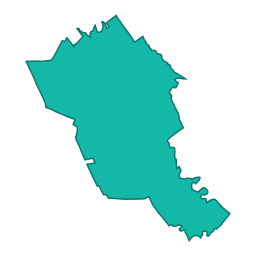 Luna, Cluj, Romania
{"feature_id": "2599482B89175804727577", "entity_name": "Luna", "entity_type": "district", "adm_level": 2, "iso_a3": "ROU", "parent_name": "Romania", "parent_adm1": "Cluj", "projection": "albers", "projection_center": [23.938, 46.482], "detail": "fine", "context": "isolated", "style": "filled", "palette": "teal", "viewbox_px": 256, "rotation_deg": 0, "n_neighbors": 0, "source": "geoboundaries", "source_scale": "gbopen_adm2", "svg_char_len": 5689}
<svg xmlns="http://www.w3.org/2000/svg" viewBox="0 0 256 256"><path d="M200.7,237.9L201.0,236.5L202.7,234.8L202.5,234.0L202.4,232.2L202.7,231.6L203.2,231.5L205.4,231.0L205.9,231.0L206.6,231.5L207.0,232.4L207.2,233.7L207.2,234.4L206.9,235.5L207.2,235.9L208.0,236.1L208.6,235.8L209.1,235.5L209.6,234.9L210.3,233.5L210.6,233.1L212.5,231.7L213.8,230.5L214.1,229.6L214.1,228.7L214.3,228.4L215.9,228.8L216.3,229.2L219.0,226.6L219.9,226.0L221.3,224.7L222.9,222.3L224.8,220.1L226.6,217.6L227.6,216.8L229.8,213.5L221.6,206.9L221.8,206.5L219.8,204.7L216.2,200.5L215.2,199.6L214.6,199.3L212.8,199.4L211.0,199.9L208.8,201.2L207.5,202.1L207.0,202.6L206.4,200.5L205.8,198.7L204.8,198.6L202.1,198.9L201.9,198.5L201.6,198.3L200.5,197.9L200.4,197.6L200.4,197.4L201.1,196.2L201.8,194.6L202.1,194.5L203.2,194.7L203.8,194.9L204.9,195.0L205.9,194.6L207.1,193.8L207.6,193.1L207.8,192.5L207.6,191.0L206.7,189.6L206.0,188.9L204.8,188.0L204.2,187.7L203.5,187.6L203.0,187.8L202.0,188.5L198.7,191.4L198.0,192.1L197.9,192.1L192.1,189.6L191.7,186.6L191.6,185.1L191.9,183.5L192.8,182.7L193.9,182.4L194.8,183.0L195.6,183.8L196.6,182.7L199.1,180.2L200.1,177.8L199.0,177.1L196.5,177.6L194.9,177.6L193.5,179.1L188.9,178.2L187.8,178.2L186.6,178.3L185.7,178.7L185.0,178.9L184.0,178.9L181.5,178.5L180.3,178.0L179.1,176.5L179.3,174.2L181.0,170.3L179.1,166.7L176.9,168.7L176.3,164.5L176.3,163.0L176.2,159.3L175.3,158.7L174.9,158.3L174.8,157.8L174.7,155.9L174.8,151.3L174.7,148.9L174.6,148.1L174.3,147.8L173.7,147.7L173.2,147.3L173.0,147.2L172.1,147.5L171.6,147.5L170.6,147.7L170.3,147.7L169.6,146.5L169.4,145.7L169.2,144.0L169.0,143.4L168.0,141.9L167.3,141.3L167.7,139.8L171.2,136.5L177.7,131.8L180.1,129.9L183.4,127.8L182.3,125.7L181.9,124.7L181.2,123.9L181.1,122.7L180.7,122.0L180.3,121.8L180.1,121.1L179.5,120.0L179.5,119.5L179.1,117.4L178.9,115.9L178.6,114.4L178.1,112.9L177.1,111.4L176.9,110.9L176.1,109.6L175.8,108.6L174.6,106.6L174.3,105.8L173.5,104.5L173.7,104.3L173.6,104.0L173.5,103.9L173.3,103.9L173.0,103.4L172.2,101.7L172.0,100.8L171.1,99.1L171.1,98.5L171.4,98.0L171.2,97.5L171.6,96.6L171.5,96.2L171.3,95.7L171.3,95.1L170.7,94.5L170.6,94.1L170.0,93.6L169.3,92.2L170.9,89.5L171.7,88.0L171.8,87.9L173.5,87.5L175.8,87.8L178.3,82.9L176.8,81.9L174.6,80.1L175.9,79.0L176.4,78.1L177.9,78.4L179.3,78.3L180.6,78.3L181.8,78.6L185.4,78.9L183.9,77.7L180.8,76.0L177.2,73.6L176.6,73.3L175.3,72.9L174.6,72.4L172.6,69.7L171.5,68.9L171.0,68.3L170.7,67.9L170.6,67.4L170.5,66.4L170.4,66.0L169.8,65.2L169.7,64.8L168.2,64.5L167.9,64.2L167.8,63.7L167.8,63.0L166.7,62.5L166.2,62.1L165.8,62.0L165.1,62.1L164.3,61.3L164.0,60.7L162.9,59.9L162.0,58.6L161.7,58.0L161.6,57.6L161.8,56.6L161.6,55.8L161.6,55.6L160.6,54.3L159.9,54.3L158.8,53.9L158.5,54.0L158.0,54.4L157.8,54.4L157.6,54.1L157.4,53.7L156.9,53.2L156.5,52.5L156.2,51.6L155.6,50.9L154.9,50.5L153.4,50.3L152.1,50.4L151.8,50.4L151.2,49.7L151.0,49.0L150.7,48.8L150.3,48.3L149.3,47.6L149.2,47.4L149.3,46.4L149.0,45.8L146.9,44.0L146.1,43.5L145.9,43.1L145.9,42.8L146.1,42.1L145.5,41.6L144.9,41.0L144.7,40.2L143.8,38.8L142.8,36.4L138.1,39.8L134.7,42.1L134.1,41.3L133.5,40.6L132.6,39.1L131.3,37.1L130.7,36.1L127.3,31.3L126.1,29.8L125.7,29.1L125.1,28.6L122.8,25.1L122.1,24.6L121.6,23.9L120.8,22.3L119.9,21.2L119.5,20.6L118.8,19.9L117.3,17.7L117.1,16.9L116.5,16.0L116.2,15.4L114.6,16.7L113.5,17.4L110.7,19.5L110.4,19.8L106.3,23.0L106.8,23.5L107.9,25.1L109.0,26.6L106.8,28.4L106.6,28.4L106.4,27.3L106.1,26.4L105.3,24.5L105.0,23.8L104.6,23.5L103.9,22.4L103.5,22.0L103.0,21.8L101.9,21.9L102.6,23.5L102.8,24.4L103.1,26.2L103.1,27.0L103.0,27.5L102.2,29.6L101.7,30.7L101.0,31.6L100.0,32.1L99.2,32.5L98.8,32.2L97.7,31.9L97.2,31.6L97.0,31.3L95.1,25.3L94.8,25.8L94.2,27.0L93.5,29.1L92.8,30.9L92.1,31.1L90.8,31.9L90.2,33.1L90.1,33.6L90.1,35.3L90.0,35.5L90.5,36.8L88.6,36.3L87.4,35.4L87.1,34.9L86.6,34.6L85.8,32.8L85.7,32.7L85.4,32.6L83.7,32.7L81.6,31.9L81.4,31.8L81.2,31.3L80.5,31.0L79.3,29.9L79.0,29.5L79.0,28.8L78.9,28.5L77.8,28.5L77.1,28.6L78.8,31.0L83.0,36.7L81.9,37.7L80.7,39.1L79.6,40.2L76.7,43.4L76.4,43.5L76.2,43.8L75.9,44.1L75.3,44.2L75.4,44.3L75.0,44.5L74.9,44.8L74.9,45.0L74.7,45.1L74.3,45.5L74.1,45.9L73.9,45.7L73.9,45.8L73.9,46.0L73.8,46.5L73.7,46.2L73.5,45.9L73.3,45.9L72.8,45.4L70.4,42.2L69.5,41.1L69.3,41.0L69.0,40.5L68.2,39.5L68.1,39.2L67.8,39.1L67.7,38.9L67.4,38.4L66.9,37.8L66.5,38.0L66.3,38.2L65.5,40.8L65.1,41.2L64.5,41.4L62.7,40.8L62.1,41.0L61.8,41.4L59.2,46.5L58.5,47.9L56.3,52.2L54.4,55.6L51.7,59.7L51.4,60.2L50.2,60.4L47.0,60.7L44.9,61.1L43.8,61.1L42.2,61.3L36.7,61.1L30.1,61.3L26.5,61.3L26.2,61.5L32.7,75.2L36.4,83.7L36.3,83.9L39.5,90.4L43.1,98.0L45.3,103.3L45.5,104.6L45.9,105.9L45.7,106.5L46.3,107.6L47.1,107.8L52.3,109.7L56.0,111.8L64.5,115.3L67.1,116.6L70.4,117.7L75.0,119.4L74.0,122.4L73.1,124.3L74.3,125.2L77.1,126.9L77.2,127.4L77.3,128.1L77.4,129.3L77.0,133.3L76.6,133.9L76.6,134.5L76.3,135.7L75.5,136.9L76.8,141.0L77.6,143.0L79.1,145.8L80.0,148.0L81.2,151.1L84.9,159.8L93.0,158.3L95.1,162.9L87.0,164.3L88.3,167.0L88.3,167.4L88.3,167.6L88.6,168.0L91.1,173.1L92.4,176.1L94.2,179.7L95.1,181.8L97.3,186.1L98.7,185.6L98.9,185.7L100.3,188.4L101.4,191.0L103.0,193.6L103.5,194.7L106.4,194.8L108.5,198.2L112.6,198.3L123.9,199.2L133.5,199.1L143.8,198.9L144.5,198.7L148.9,196.5L152.1,203.5L153.5,206.1L153.9,206.7L155.4,208.4L158.5,212.9L162.0,216.8L169.2,225.8L170.6,224.8L171.3,224.6L171.5,224.6L172.8,226.0L173.8,226.2L176.3,226.1L176.7,225.8L177.1,225.2L178.4,225.1L179.5,225.1L180.2,225.2L182.2,225.9L182.1,226.3L181.7,226.8L180.7,227.7L179.2,229.1L180.5,231.1L182.5,230.6L185.2,230.2L185.2,231.6L185.4,233.0L186.6,234.7L187.5,236.5L188.2,238.1L189.2,240.6L191.5,237.7L193.8,235.7L197.3,235.6L199.9,237.1L200.7,237.9Z" fill="#14b8a6" stroke="#0f766e" stroke-width="1.5"/></svg>